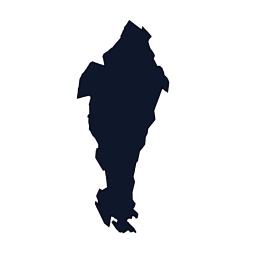 Stabulnieku pag., Riebinu, Latvia, rotated 255°
{"feature_id": "27541924B26776219587555", "entity_name": "Stabulnieku pag.", "entity_type": "district", "adm_level": 2, "iso_a3": "LVA", "parent_name": "Latvia", "parent_adm1": "Riebinu", "projection": "equal_earth", "projection_center": [26.726, 56.44], "detail": "fine", "context": "isolated", "style": "filled", "palette": "ink", "viewbox_px": 256, "rotation_deg": 255, "n_neighbors": 0, "source": "geoboundaries", "source_scale": "gbopen_adm2", "svg_char_len": 5163}
<svg xmlns="http://www.w3.org/2000/svg" viewBox="0 0 256 256"><g transform="rotate(255 128 128)"><path d="M25.0,108.5L26.8,108.1L28.8,107.6L29.3,107.4L29.9,107.1L30.7,106.6L32.3,105.7L33.5,104.9L35.1,104.0L35.6,103.9L35.9,103.8L36.2,103.7L36.2,103.3L37.3,102.7L37.7,102.4L37.9,102.2L38.1,102.1L38.6,102.3L39.2,102.6L39.9,103.0L40.0,103.1L40.3,103.3L40.5,103.4L40.7,103.6L40.6,103.8L40.6,104.0L41.0,105.7L41.0,105.8L40.4,107.1L40.1,107.8L42.6,109.1L42.7,109.3L42.6,109.8L42.5,110.0L41.8,111.0L41.2,111.8L39.3,112.7L39.2,112.7L39.2,113.5L42.1,114.9L43.0,114.7L43.5,114.5L46.4,112.6L47.9,111.7L48.6,111.2L49.1,111.7L50.4,113.3L50.5,113.4L53.2,115.1L53.6,114.9L54.5,114.3L57.8,113.3L60.9,114.0L63.1,114.6L63.9,114.8L65.9,115.2L66.0,115.2L65.9,115.5L74.3,120.1L74.5,120.1L78.4,120.0L80.1,120.1L82.3,121.3L83.4,121.9L83.5,122.0L85.2,122.9L85.9,123.1L87.1,123.6L87.3,123.8L89.6,125.0L91.2,125.7L92.9,126.7L93.9,128.4L98.3,130.6L102.7,132.8L102.9,133.0L104.0,134.3L104.9,135.7L105.3,136.2L107.3,138.8L108.0,139.6L108.3,139.8L110.7,140.6L111.8,141.1L113.4,141.6L115.0,142.2L116.4,143.4L117.5,144.5L117.8,144.7L118.3,145.0L121.9,146.5L122.7,147.0L123.7,148.4L124.2,149.0L125.8,151.2L128.1,154.3L128.5,154.9L129.2,155.8L129.5,156.0L131.3,156.3L135.5,156.8L137.6,157.0L137.9,157.0L138.2,157.1L139.2,157.9L140.6,158.8L142.7,160.3L144.7,161.7L146.2,162.8L146.7,163.2L147.4,163.6L150.0,165.5L154.2,168.4L154.3,168.5L155.8,169.5L158.5,171.5L157.6,171.9L157.2,172.1L156.4,172.8L156.1,173.1L155.4,173.5L154.6,173.9L154.4,174.1L154.1,174.4L153.8,174.8L153.5,175.2L153.1,175.5L154.7,176.2L156.2,176.8L157.5,177.4L159.2,178.0L160.2,178.4L160.5,178.5L160.8,178.7L161.0,178.7L161.5,178.9L164.3,178.7L165.1,178.5L165.8,178.3L166.3,178.2L166.9,177.8L167.4,177.5L168.3,177.0L168.5,176.8L168.8,176.7L169.3,176.4L169.8,176.3L170.1,176.3L170.4,176.3L170.7,176.3L171.3,176.4L172.0,176.5L172.6,176.5L173.5,176.4L175.1,176.0L175.6,176.1L176.3,176.1L176.5,176.1L177.0,175.8L177.4,175.6L177.5,175.5L179.0,174.6L179.1,174.4L179.2,174.2L179.4,173.9L179.5,173.7L179.5,173.3L179.5,172.9L179.7,171.8L179.8,171.8L180.0,171.7L183.4,171.1L188.3,170.0L188.5,170.0L188.8,170.1L189.1,170.4L190.3,171.4L191.4,172.0L191.6,172.0L194.0,171.4L196.1,170.7L196.8,170.4L197.6,170.0L198.5,169.7L199.5,169.5L200.8,169.4L201.0,169.3L202.0,169.3L204.5,169.3L205.8,169.2L206.2,169.2L206.4,169.3L206.5,169.3L207.0,169.7L208.6,170.9L210.5,173.7L211.2,173.4L213.2,172.5L215.6,171.3L216.2,171.0L216.7,170.7L217.4,170.2L218.3,169.8L219.9,168.9L221.2,168.3L218.5,166.7L220.6,165.1L221.7,164.2L222.6,163.5L223.0,163.2L224.6,161.9L225.8,161.0L226.5,160.5L228.1,159.2L228.3,159.1L231.0,157.0L228.8,154.7L228.4,154.4L228.2,154.2L226.1,151.2L225.6,150.8L225.4,150.7L223.9,150.1L223.3,149.4L223.1,148.9L220.9,147.3L219.6,146.3L219.5,146.2L218.7,145.3L216.7,144.8L216.2,144.1L215.1,142.6L214.8,142.2L213.2,139.7L212.6,138.7L210.1,135.3L209.2,134.2L209.1,133.3L208.5,131.9L208.0,130.7L207.0,129.0L206.1,126.3L205.8,125.3L205.4,124.1L204.6,123.4L203.3,122.5L200.8,122.6L198.5,122.4L197.6,122.4L196.0,122.3L193.6,121.8L193.3,121.5L193.7,121.0L194.4,120.1L195.4,118.7L196.1,117.6L196.5,116.9L197.0,116.2L197.4,115.6L197.5,115.5L198.1,114.6L198.7,113.7L199.4,112.6L200.1,111.8L200.5,111.3L200.7,111.0L200.9,110.7L200.1,110.2L200.5,108.8L198.6,106.8L196.4,104.4L196.2,104.3L195.5,103.4L194.4,102.1L192.7,100.0L192.0,98.7L191.5,97.8L191.4,97.8L191.2,97.8L190.5,97.2L188.7,95.6L188.0,95.0L187.3,94.4L187.2,94.4L186.8,94.2L185.1,93.5L184.7,93.3L184.1,93.1L182.3,92.4L180.2,91.6L179.9,91.4L179.7,91.3L179.5,91.2L179.2,90.7L175.7,89.5L175.0,89.3L174.4,89.0L173.6,88.7L172.9,88.3L170.1,87.2L170.1,89.0L170.1,91.5L170.2,91.8L170.2,93.0L170.1,93.8L170.1,96.0L170.0,99.0L168.1,100.6L167.8,100.6L167.6,100.7L164.9,99.5L164.8,99.4L163.5,98.6L163.1,98.4L160.6,96.9L159.3,97.0L155.6,96.0L154.3,95.7L150.9,94.8L150.4,93.2L150.2,93.0L149.7,92.7L149.1,92.4L147.7,93.4L146.7,92.8L143.8,91.9L141.4,91.8L139.8,91.7L136.8,90.6L135.5,91.2L134.7,91.5L133.7,91.7L131.9,91.9L130.5,92.6L130.2,92.4L127.1,94.1L120.1,95.8L119.3,95.6L118.1,95.3L116.8,95.0L116.3,94.7L116.0,94.2L115.4,93.4L115.8,92.8L113.4,91.6L113.5,91.5L108.0,89.5L107.9,89.4L105.1,90.1L104.9,90.2L94.0,93.3L93.9,93.4L93.7,95.6L87.7,94.8L86.7,95.8L85.4,95.9L85.9,94.6L83.8,94.4L83.0,94.2L79.7,93.8L78.8,93.6L77.3,93.4L75.7,93.2L75.4,92.1L75.2,91.4L73.9,86.9L75.9,84.8L75.7,84.7L75.2,84.2L72.4,82.0L71.5,81.2L70.2,80.3L68.1,80.6L66.0,80.9L65.2,80.8L64.5,80.5L62.4,80.9L61.7,80.6L61.4,80.4L64.6,77.7L63.3,77.1L60.7,77.6L60.0,77.6L57.2,78.2L51.5,79.3L42.2,81.0L41.9,81.2L41.9,81.3L40.6,82.2L39.3,83.2L38.1,84.0L39.0,84.6L42.4,86.1L42.5,86.0L46.0,87.7L46.4,87.9L47.6,88.5L47.5,89.1L47.0,90.1L46.5,91.2L46.4,91.4L46.2,91.5L44.7,92.3L43.8,93.3L43.0,94.2L42.9,94.3L41.4,94.9L38.3,92.5L39.8,91.3L40.2,91.3L40.5,90.9L40.7,90.6L40.8,90.5L40.9,90.4L41.0,90.4L41.5,90.1L41.7,89.9L41.7,89.7L41.8,89.6L40.7,88.5L40.1,88.8L33.6,91.1L33.3,91.3L31.0,92.8L30.8,92.8L30.9,93.0L29.7,93.6L29.9,94.3L30.1,94.6L28.9,96.0L28.7,96.2L28.3,96.7L28.3,96.8L28.5,97.3L29.3,99.7L30.1,102.0L28.0,103.3L27.9,103.4L27.2,103.8L27.1,104.5L27.4,106.8L25.3,108.3L25.0,108.5Z" fill="#0f172a" stroke="#020617" stroke-width="1.5"/></g></svg>